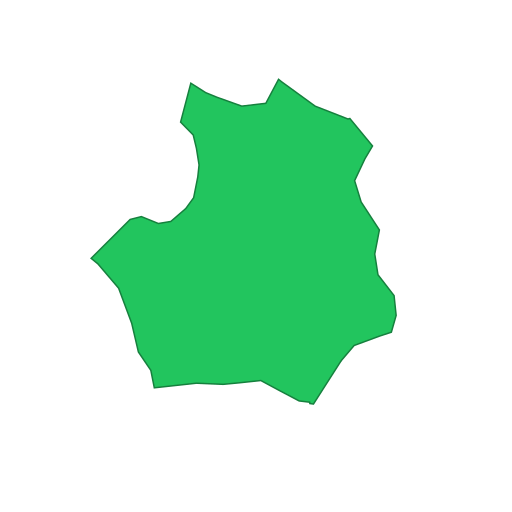 Anyang-si, Gyeonggi, South Korea, rotated 126°
{"feature_id": "91817680B30491742711894", "entity_name": "Anyang-si", "entity_type": "district", "adm_level": 2, "iso_a3": "KOR", "parent_name": "South Korea", "parent_adm1": "Gyeonggi", "projection": "mercator", "projection_center": [126.93, 37.391], "detail": "fine", "context": "isolated", "style": "filled", "palette": "green", "viewbox_px": 512, "rotation_deg": 126, "n_neighbors": 0, "source": "geoboundaries", "source_scale": "gbopen_adm2", "svg_char_len": 826}
<svg xmlns="http://www.w3.org/2000/svg" viewBox="0 0 512 512"><g transform="rotate(126 256 256)"><path d="M99.8,341.6L126.7,337.8L143.1,355.6L150.5,380.8L153.4,392.7L154.5,410.3L192.0,395.7L195.0,377.9L203.9,367.5L215.8,355.6L226.2,349.6L245.5,340.7L254.9,340.7L258.8,340.7L278.1,345.2L287.1,354.1L291.5,371.9L300.4,379.3L354.8,388.0L355.3,379.3L362.8,348.2L383.5,317.0L402.8,294.7L410.3,273.9L422.4,260.8L393.9,229.4L379.1,207.1L368.7,195.3L353.9,178.9L350.9,156.7L347.9,135.9L342.7,126.6L343.7,125.7L342.0,122.5L291.5,125.5L290.9,125.4L290.0,125.5L270.7,124.0L248.5,109.2L238.1,101.7L221.7,107.7L206.9,121.0L199.9,144.9L199.5,146.3L184.6,161.1L162.4,171.5L150.5,202.7L137.1,220.5L113.4,225.0L98.5,226.4L89.6,260.9L91.1,262.1L100.0,296.2L100.0,337.8L99.8,341.6Z" fill="#22c55e" stroke="#15803d" stroke-width="1.5"/></g></svg>